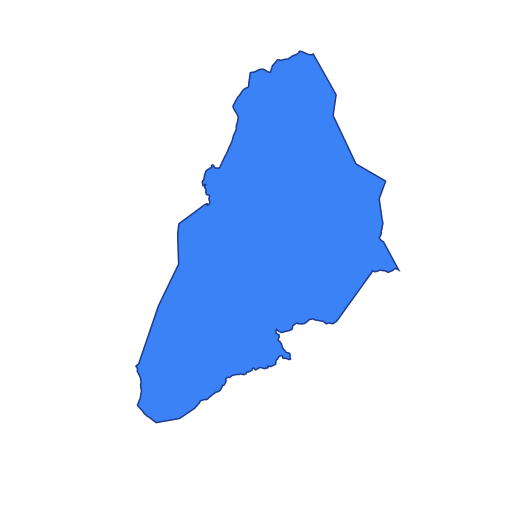 outline of Guayape, Olancho, Honduras, rotated 39°
{"feature_id": "27666195B80607738611126", "entity_name": "Guayape", "entity_type": "district", "adm_level": 2, "iso_a3": "HND", "parent_name": "Honduras", "parent_adm1": "Olancho", "projection": "robinson", "projection_center": [-86.826, 14.788], "detail": "fine", "context": "isolated", "style": "filled", "palette": "blue", "viewbox_px": 512, "rotation_deg": 39, "n_neighbors": 0, "source": "geoboundaries", "source_scale": "gbopen_adm2", "svg_char_len": 6125}
<svg xmlns="http://www.w3.org/2000/svg" viewBox="0 0 512 512"><g transform="rotate(39 256 256)"><path d="M283.3,448.3L298.9,430.3L304.2,412.7L304.1,411.2L304.4,409.2L304.3,407.5L304.5,406.1L304.4,405.3L304.1,404.3L304.1,403.6L304.5,402.8L304.7,402.1L305.7,401.0L306.6,399.6L307.1,399.1L307.8,399.0L308.1,398.4L308.4,397.7L308.5,396.8L308.6,394.9L309.2,393.2L309.4,391.3L309.8,390.1L310.3,387.8L311.0,386.6L312.1,384.9L312.5,383.9L312.5,382.6L312.4,381.3L312.1,380.1L312.1,379.2L311.9,378.7L311.5,378.4L311.4,377.9L311.5,377.6L312.3,376.5L312.4,375.9L312.3,375.2L311.8,372.9L311.5,371.9L311.1,371.5L310.3,371.2L309.9,370.9L309.8,370.7L309.8,370.2L309.9,369.7L310.3,368.3L310.7,367.8L311.5,367.3L312.1,366.8L312.2,366.5L312.2,366.0L312.3,365.3L312.6,364.2L312.8,363.6L313.3,362.9L314.0,362.0L315.1,361.1L316.1,359.4L316.3,359.3L316.7,359.3L317.0,359.1L317.6,358.5L317.9,357.8L318.1,357.5L319.0,357.0L320.6,356.3L321.2,355.8L321.7,355.2L322.1,354.3L322.4,353.6L322.3,353.3L322.1,353.0L321.9,352.7L322.0,352.2L322.3,351.7L323.2,350.8L324.1,348.9L324.6,347.7L324.7,347.3L324.7,347.0L324.2,346.1L324.3,345.3L324.5,344.8L324.7,344.6L325.0,344.5L326.8,344.9L327.2,344.9L327.8,343.9L328.2,343.0L328.6,341.3L328.9,340.9L329.2,340.5L329.9,339.8L330.6,339.3L331.5,339.0L332.7,338.6L333.4,338.3L333.6,338.1L334.5,336.6L335.2,336.0L335.6,335.6L335.6,335.4L335.6,335.2L334.5,334.3L334.5,334.2L334.9,333.6L336.6,333.0L337.0,332.7L337.4,332.0L338.2,330.3L339.4,327.8L339.2,327.3L338.2,326.0L337.5,325.0L337.4,324.3L337.6,323.1L337.6,322.1L337.5,321.7L337.2,321.0L337.1,320.4L337.3,319.1L337.6,318.4L338.5,317.6L338.9,317.3L339.3,317.3L339.6,317.3L340.1,317.6L340.9,318.3L341.2,318.4L341.5,318.3L342.6,317.6L343.5,316.9L345.1,316.1L345.9,315.9L346.4,315.9L346.8,315.7L347.0,315.5L347.7,314.3L346.0,313.3L345.4,312.7L345.3,312.3L345.3,311.8L345.0,311.6L344.1,310.9L343.5,310.5L343.1,310.5L340.5,311.7L340.0,311.8L339.5,311.8L337.8,311.3L336.6,311.2L334.6,310.5L333.7,310.1L332.7,309.5L331.5,308.6L329.6,307.8L328.8,307.6L327.8,307.5L326.8,307.7L326.3,307.6L325.9,307.2L325.7,306.8L324.9,304.1L324.3,303.5L323.6,302.9L323.2,302.8L322.7,302.9L320.7,303.4L320.3,303.4L320.0,303.3L319.5,302.8L318.8,301.6L318.1,300.8L318.0,300.5L317.9,300.2L318.0,300.0L318.2,299.9L319.8,300.2L321.2,300.2L323.3,299.7L323.7,299.5L324.2,299.2L324.6,298.7L325.9,296.7L327.7,294.4L328.3,293.5L329.0,292.8L330.1,290.3L329.9,289.6L328.8,287.7L328.6,287.0L328.7,286.3L329.0,285.1L329.7,282.7L329.9,282.5L331.8,281.9L332.8,281.0L333.8,280.4L334.5,279.9L335.0,279.4L335.7,278.5L336.3,277.6L336.9,275.3L337.2,274.2L337.2,273.1L337.3,272.2L339.7,269.1L340.0,269.0L340.2,268.9L341.4,268.7L342.2,268.5L344.6,267.0L346.0,266.4L347.5,265.6L348.3,265.0L349.3,264.6L349.9,264.4L351.9,264.5L353.2,264.5L353.7,264.0L354.7,262.2L355.2,261.7L355.6,261.5L356.0,261.5L356.5,261.3L357.6,260.8L358.2,260.3L358.8,259.3L358.9,258.7L359.1,257.6L359.7,255.9L356.4,197.8L356.4,197.0L355.9,194.0L357.7,193.7L358.1,193.5L358.6,193.1L359.7,191.8L360.8,189.6L361.3,188.9L361.7,188.5L363.5,187.8L365.6,186.2L367.5,185.9L368.4,185.8L368.7,185.7L369.2,185.1L371.2,181.5L371.5,180.3L371.7,178.7L371.8,178.5L372.2,178.2L372.8,177.8L374.8,177.2L375.7,177.1L346.0,164.7L344.6,165.0L342.2,165.0L341.2,164.6L340.0,163.8L340.2,163.3L339.8,161.3L339.5,160.4L338.8,159.2L337.5,157.9L336.9,155.8L336.4,155.0L335.6,153.9L334.7,151.9L334.1,150.8L332.7,149.5L331.1,148.4L329.3,146.6L315.7,134.0L309.6,116.2L275.7,121.5L227.5,98.3L216.8,80.3L173.3,63.0L173.0,63.7L172.4,64.7L171.0,65.9L168.6,66.9L167.3,67.1L163.8,68.1L161.6,68.9L161.1,69.2L161.0,69.7L161.2,72.0L161.1,73.1L159.2,76.1L158.6,77.3L158.1,78.5L157.8,80.3L156.7,83.0L156.4,83.4L154.7,84.7L154.2,85.4L153.7,86.5L152.6,87.8L151.9,88.4L150.7,88.9L149.9,89.5L149.5,89.8L149.3,90.3L149.2,90.9L149.2,94.9L149.0,97.8L149.5,98.8L150.1,100.6L151.4,103.7L151.5,104.0L151.4,104.2L151.1,104.6L150.7,104.8L149.2,105.4L148.3,105.7L146.9,105.6L145.2,105.9L144.1,106.3L143.1,107.0L142.2,107.9L141.5,108.7L140.6,110.4L139.1,113.8L136.6,116.6L136.4,116.9L136.3,117.3L136.5,117.8L137.8,119.7L141.4,125.9L143.1,128.2L143.7,129.4L143.6,129.8L142.4,132.0L141.7,134.3L141.6,135.5L141.6,137.4L142.0,140.6L142.0,141.9L141.9,143.3L142.0,144.7L142.2,146.0L142.6,148.7L143.1,150.4L143.2,152.0L143.6,153.4L144.2,154.4L145.1,155.1L149.1,156.7L152.0,157.7L154.0,158.8L155.1,159.5L156.3,161.9L157.2,163.2L157.6,164.6L158.8,167.2L159.7,168.5L160.6,169.3L160.8,169.5L161.9,173.1L162.7,176.6L164.1,179.7L164.7,180.7L165.8,184.2L166.7,188.3L168.0,192.6L168.6,194.9L169.0,196.8L169.1,197.9L172.1,210.1L171.9,210.8L171.6,211.2L169.5,212.8L169.1,213.1L168.5,213.3L168.1,213.2L166.4,212.4L165.7,212.3L165.3,212.4L165.1,212.5L164.8,212.8L164.6,213.2L164.6,213.5L164.7,213.9L165.7,214.6L165.8,214.8L165.9,215.0L165.7,215.4L165.3,215.7L165.1,216.1L164.9,216.7L164.9,217.3L164.6,218.0L163.9,219.8L163.7,220.8L163.7,221.6L164.2,223.2L165.5,226.2L165.8,226.7L166.4,227.6L167.3,229.3L167.5,230.1L167.3,231.0L167.4,231.8L167.7,232.3L168.0,232.6L169.2,233.6L170.2,234.5L170.7,234.8L170.9,234.6L171.3,233.7L171.3,232.8L171.4,232.3L171.6,232.0L171.9,232.1L172.1,232.3L172.6,234.5L172.8,234.9L173.4,235.2L174.0,235.3L174.7,235.4L175.0,235.6L175.7,236.3L176.8,237.9L177.9,238.8L178.4,239.1L178.8,239.3L179.3,239.3L181.1,238.2L181.4,238.2L181.8,238.4L182.3,238.9L182.7,239.9L183.6,241.4L186.2,243.3L186.6,243.8L186.7,244.3L186.8,245.9L186.3,247.1L186.0,246.9L185.6,246.4L185.2,246.1L184.8,246.3L184.4,247.6L183.9,248.5L183.5,249.7L175.8,279.5L180.9,287.7L191.0,299.5L201.0,311.0L211.5,355.9L232.5,413.2L232.8,413.9L232.7,414.1L232.7,414.5L232.1,415.8L232.0,416.7L232.1,417.2L232.4,417.4L233.9,417.6L235.1,418.6L235.5,419.1L235.9,419.8L236.3,420.3L237.7,420.9L238.7,421.3L239.3,421.7L241.7,422.7L242.6,423.2L243.1,423.7L245.4,425.6L246.2,426.5L246.5,426.9L246.8,427.7L247.2,428.5L247.7,429.1L249.6,431.0L251.7,432.6L254.1,436.9L255.6,439.4L255.9,440.1L256.0,441.3L257.3,445.1L257.6,446.4L258.8,446.9L261.8,447.3L263.2,447.6L265.8,447.9L268.0,448.7L268.8,448.9L270.8,448.8L271.8,449.0L272.7,448.8L275.9,448.5L281.2,448.4L282.8,448.2L283.3,448.3Z" fill="#3b82f6" stroke="#1e3a8a" stroke-width="1.5"/></g></svg>